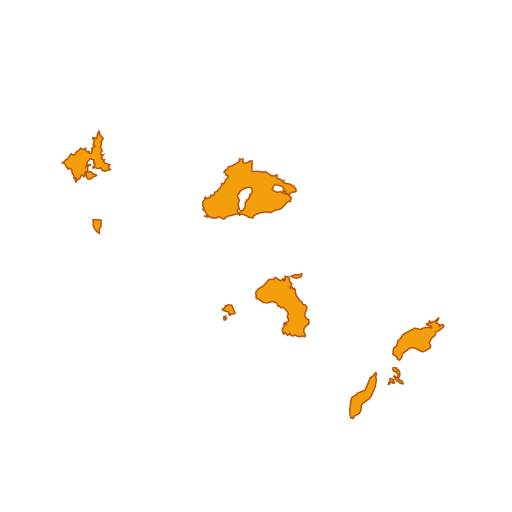 the district of Voreioy Aigaioy, Voreio Aigaio, Greece, rotated 328°
{"feature_id": "26713481B43979888680650", "entity_name": "Voreioy Aigaioy", "entity_type": "district", "adm_level": 2, "iso_a3": "GRC", "parent_name": "Greece", "parent_adm1": "Voreio Aigaio", "projection": "mercator", "projection_center": [26.018, 38.772], "detail": "fine", "context": "isolated", "style": "filled", "palette": "amber", "viewbox_px": 512, "rotation_deg": 328, "n_neighbors": 0, "source": "geoboundaries", "source_scale": "gbopen_adm2", "svg_char_len": 6066}
<svg xmlns="http://www.w3.org/2000/svg" viewBox="0 0 512 512"><g transform="rotate(328 256 256)"><path d="M294.6,166.4L293.5,164.9L292.0,166.6L290.3,167.2L283.0,166.7L280.1,165.8L277.2,167.1L274.9,166.9L273.3,168.0L273.9,168.2L274.0,169.2L273.4,171.4L274.8,172.9L273.5,174.7L271.2,175.0L267.0,177.6L265.2,176.4L264.7,177.7L262.2,179.0L257.3,180.4L254.7,180.1L253.6,181.5L251.0,181.6L250.1,180.5L247.8,182.1L246.6,181.3L244.7,181.4L244.1,180.9L244.4,179.3L243.3,179.5L242.5,180.8L239.5,182.0L237.2,185.5L237.4,187.3L236.9,188.1L235.8,188.1L235.6,189.2L236.9,190.4L236.3,192.1L236.5,196.1L233.9,195.2L235.4,197.2L238.1,198.4L239.0,200.8L240.6,201.2L241.9,202.7L243.8,202.7L246.0,203.7L248.2,207.7L252.8,207.2L262.6,210.4L263.5,210.0L263.8,208.3L264.9,206.7L266.7,207.8L268.0,202.8L271.8,199.6L271.8,196.1L273.1,194.1L275.2,193.9L277.0,192.5L282.7,192.6L286.7,194.2L288.0,195.8L288.1,196.7L286.5,200.0L282.9,201.0L282.6,202.1L281.3,202.4L279.5,203.9L277.9,203.6L277.5,204.2L275.6,204.6L272.5,209.0L270.6,209.3L269.2,210.6L266.5,209.6L263.4,211.7L263.5,212.6L265.7,212.7L266.7,213.4L269.7,217.5L270.2,219.1L273.5,222.2L274.7,221.1L276.5,220.7L281.2,221.2L287.0,223.4L291.8,227.1L296.2,227.2L300.7,228.9L303.2,229.1L310.8,227.0L312.7,227.0L314.0,227.9L316.8,225.2L315.6,220.4L314.0,219.3L310.9,214.5L308.0,213.3L306.2,211.3L305.1,208.2L307.7,206.1L310.5,205.7L315.3,211.2L315.5,213.4L315.1,214.2L313.4,214.9L313.3,216.1L315.6,216.8L314.6,218.1L316.4,221.7L319.5,220.7L322.8,222.3L324.5,222.2L325.4,219.9L324.8,216.5L322.9,213.1L318.6,209.1L318.4,207.7L319.7,206.8L318.3,206.6L317.2,203.5L315.4,202.3L315.6,199.4L316.8,198.8L316.3,198.1L313.8,197.8L311.9,196.3L309.6,191.9L309.0,189.8L307.6,189.4L300.9,184.1L298.0,182.9L297.9,181.0L303.1,173.3L301.2,172.2L297.4,172.1L295.0,171.0L294.5,170.0L296.4,166.6L294.6,166.4ZM254.6,282.8L246.6,285.2L240.8,285.1L236.9,286.3L235.6,288.3L235.3,289.9L234.0,291.0L233.9,292.3L235.4,293.9L237.4,299.1L241.1,302.0L244.7,302.9L246.9,304.3L248.6,307.0L248.2,310.3L249.3,310.8L249.5,312.9L252.3,314.5L253.1,320.7L253.0,321.9L250.6,323.6L250.0,325.6L250.3,326.3L248.9,328.8L245.5,328.0L245.3,330.1L244.5,329.2L244.7,327.9L244.1,328.1L242.8,329.9L239.1,332.6L237.8,336.4L238.6,336.9L239.3,336.2L240.2,336.4L240.7,340.0L243.6,339.7L243.1,340.7L244.6,343.3L247.6,343.9L248.1,345.4L250.2,347.6L252.6,348.3L254.9,350.4L256.1,349.3L256.2,346.1L258.0,343.2L261.3,341.9L265.2,341.4L265.9,339.5L267.1,338.1L265.7,336.2L265.6,332.2L272.1,326.6L271.8,323.5L270.2,322.1L270.4,318.8L269.6,317.4L269.2,312.7L269.2,310.6L270.7,306.3L271.4,305.6L271.4,303.7L269.9,303.7L270.3,301.7L268.0,301.6L268.6,300.1L270.1,299.9L271.5,298.8L271.2,294.9L272.5,292.8L272.1,290.5L269.7,288.6L268.5,291.1L267.2,290.0L267.4,292.1L267.0,292.3L266.3,291.6L265.9,289.9L263.6,289.9L261.0,284.3L258.5,285.1L254.6,282.8ZM188.7,74.4L187.7,69.7L188.8,68.7L189.0,66.9L185.8,68.9L183.7,71.6L182.7,71.4L181.5,69.7L180.4,69.3L179.5,70.1L180.3,70.9L180.2,72.2L176.8,75.4L176.7,75.9L177.6,76.7L177.4,77.7L173.8,77.6L172.8,79.7L170.9,81.6L169.5,81.2L169.1,80.3L170.0,79.2L168.5,78.5L167.8,77.2L167.5,76.2L168.7,74.4L165.8,74.0L164.2,71.5L162.0,72.7L159.8,72.3L155.0,74.1L153.4,71.3L147.9,73.8L145.8,73.6L143.0,74.5L141.5,74.1L141.0,74.8L142.2,74.9L142.7,76.4L142.3,79.6L143.0,81.7L142.4,82.4L144.5,83.2L145.5,84.9L144.0,88.5L144.1,91.1L142.9,93.6L143.0,94.3L143.6,93.7L144.7,94.6L142.5,96.6L142.4,97.8L145.3,96.6L147.4,97.1L150.7,95.0L151.8,95.5L151.9,97.6L152.9,97.7L155.4,94.5L156.7,94.4L157.4,95.0L155.8,95.9L154.2,99.3L154.0,101.3L156.0,103.0L160.6,102.7L163.3,103.3L163.7,103.0L163.1,101.9L161.3,99.9L160.8,97.4L159.7,96.2L158.4,96.3L157.9,95.3L160.6,91.1L162.0,90.7L163.7,91.3L164.0,90.8L161.7,89.7L159.2,90.1L163.6,86.5L166.7,85.7L168.0,86.4L168.0,87.0L169.4,88.6L167.5,91.1L168.4,92.7L166.9,93.7L165.2,93.8L164.4,95.2L166.1,95.3L167.8,97.7L171.3,99.4L171.0,101.9L172.3,103.8L178.3,105.5L177.8,102.8L180.4,101.2L177.2,97.2L176.8,95.1L178.5,94.0L177.1,93.0L176.7,90.9L180.0,89.3L178.8,89.2L178.3,87.0L179.4,85.7L181.4,85.3L181.6,82.4L182.3,80.8L184.2,79.3L185.3,77.1L188.4,75.6L188.7,74.4ZM352.5,401.3L339.5,400.4L334.1,402.8L332.4,402.8L330.6,403.7L328.7,406.1L326.4,406.9L324.6,406.8L323.1,407.8L320.0,411.9L321.9,416.2L321.3,418.3L322.5,420.4L326.0,419.1L328.5,416.6L337.8,415.5L341.4,417.5L346.2,425.4L348.9,426.1L354.9,426.2L356.4,425.1L357.1,421.3L359.8,419.5L362.8,418.4L365.5,418.3L368.3,415.8L371.9,416.2L377.6,415.5L378.4,414.4L377.6,412.6L374.5,412.7L375.1,411.4L373.3,408.3L378.1,405.6L378.0,405.2L373.8,406.0L370.2,405.5L368.8,404.4L368.6,403.5L369.2,402.7L367.9,403.3L367.5,404.3L368.0,405.2L364.8,403.9L364.1,404.4L367.5,408.8L367.0,409.7L366.2,409.9L364.6,408.0L361.3,406.1L356.4,405.3L352.5,401.3ZM295.9,418.9L295.4,418.3L292.2,419.6L288.3,419.8L279.3,426.4L277.0,427.6L270.3,426.2L266.3,426.9L262.5,426.7L260.1,428.6L254.2,435.9L251.5,440.7L250.6,443.7L252.5,445.1L252.5,444.5L255.8,443.9L260.4,444.2L263.4,442.2L266.3,438.4L268.4,437.6L275.9,437.1L279.6,435.8L287.8,430.1L292.3,425.0L293.8,421.3L295.4,420.4L295.9,418.9ZM135.2,153.8L137.7,149.8L139.8,149.1L143.7,143.6L137.3,138.8L136.4,139.6L136.0,141.6L134.3,143.3L133.6,146.8L133.9,150.9L135.2,153.8ZM203.5,282.0L201.8,283.8L199.6,283.1L199.1,283.7L199.3,284.7L202.9,288.8L202.0,291.6L202.3,292.3L202.6,292.7L203.5,291.7L206.8,293.5L208.1,293.3L209.3,284.9L206.1,282.4L204.3,282.6L203.5,282.0ZM315.2,427.9L315.9,425.5L313.1,423.4L311.9,424.9L311.7,427.2L313.7,428.3L313.2,429.7L313.9,432.1L311.5,434.2L310.5,433.0L310.0,430.8L308.8,431.3L309.4,431.9L308.9,434.1L309.7,437.8L310.4,438.2L310.6,439.7L311.9,441.6L313.1,442.3L313.6,439.4L312.3,437.7L311.7,435.3L314.6,433.4L315.8,431.8L316.5,429.6L316.4,427.9L315.2,427.9ZM279.9,292.7L274.9,291.7L277.9,295.9L281.7,297.3L283.7,297.4L285.4,295.4L281.6,294.4L279.9,292.7ZM307.0,434.2L306.2,432.0L304.5,431.3L304.6,431.7L300.3,434.8L301.5,435.4L302.6,434.7L304.5,434.9L305.1,435.7L304.7,436.5L306.1,437.0L307.0,434.2ZM195.9,294.0L198.1,293.2L197.7,292.1L198.5,290.9L196.5,290.4L195.0,293.2L195.9,294.0Z" fill="#f59e0b" stroke="#b45309" stroke-width="1.5"/></g></svg>